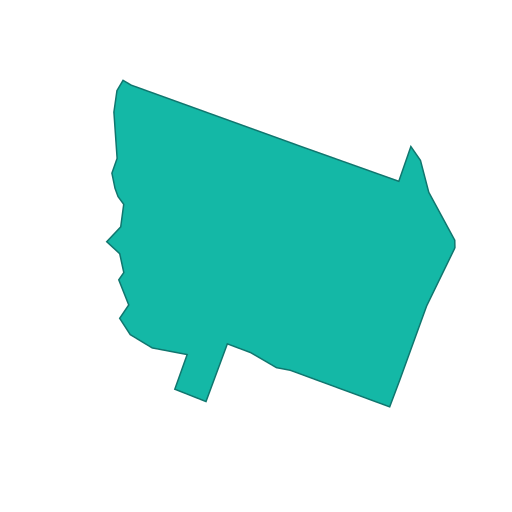 the district of Sumter, Georgia, United States of America, rotated 199°
{"feature_id": "52423323B7701583683709", "entity_name": "Sumter", "entity_type": "district", "adm_level": 2, "iso_a3": "USA", "parent_name": "United States of America", "parent_adm1": "Georgia", "projection": "natural_earth1", "projection_center": [-84.143, 32.052], "detail": "fine", "context": "isolated", "style": "filled", "palette": "teal", "viewbox_px": 512, "rotation_deg": 199, "n_neighbors": 0, "source": "geoboundaries", "source_scale": "gbopen_adm2", "svg_char_len": 609}
<svg xmlns="http://www.w3.org/2000/svg" viewBox="0 0 512 512"><g transform="rotate(199 256 256)"><path d="M411.4,274.2L405.8,267.3L397.9,261.8L393.4,239.5L401.8,220.9L385.6,213.8L375.6,197.3L378.0,188.8L360.4,168.3L364.6,152.7L349.3,140.7L324.2,135.3L289.0,140.4L289.4,103.6L255.9,102.1L254.5,163.6L229.5,162.9L200.3,157.1L186.5,159.1L80.5,156.9L79.7,184.7L78.4,264.4L70.7,327.5L70.7,328.8L73.2,335.6L113.4,372.5L131.6,399.9L145.2,409.9L145.3,373.1L249.2,374.2L429.6,376.9L438.9,378.8L441.3,367.1L437.2,345.8L419.1,303.1L419.2,287.4L411.4,274.2Z" fill="#14b8a6" stroke="#0f766e" stroke-width="1.5"/></g></svg>